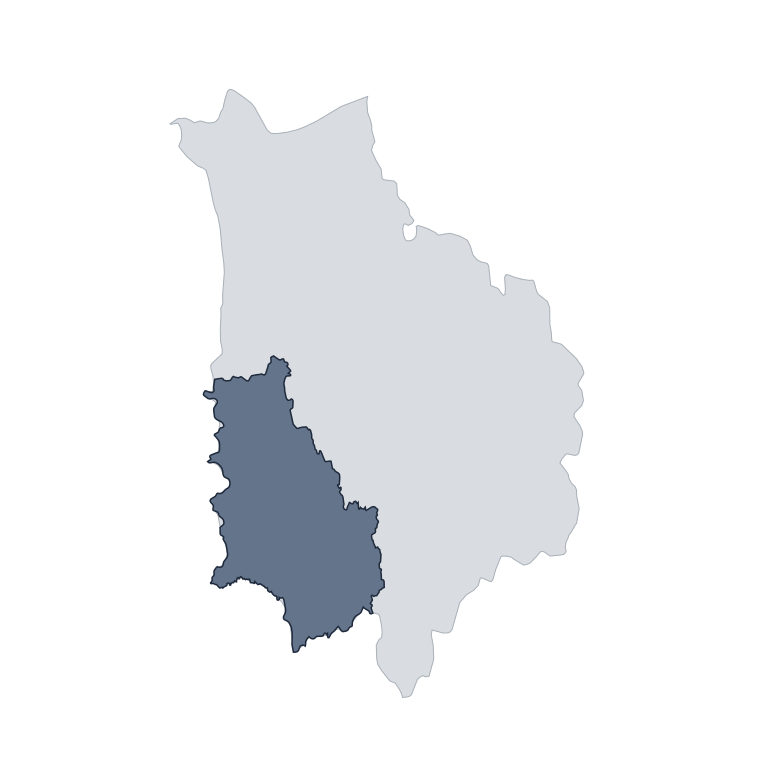 location of Gomel within Belarus, rotated 82°
{"feature_id": "BLR-2339", "entity_name": "Gomel", "entity_type": "Region", "adm_level": 1, "iso_a3": "BLR", "parent_name": "Belarus", "parent_adm1": "", "projection": "equal_earth", "projection_center": [29.578, 52.294], "detail": "fine", "context": "in_parent", "style": "filled", "palette": "slate", "viewbox_px": 768, "rotation_deg": 82, "n_neighbors": 0, "source": "natural_earth", "source_scale": "10m", "svg_char_len": 9799}
<svg xmlns="http://www.w3.org/2000/svg" viewBox="0 0 768 768"><g transform="rotate(82 384 384)"><path d="M637.0,511.0L624.5,510.4L609.4,510.6L601.0,515.2L591.8,513.0L585.4,515.6L570.6,528.1L564.8,534.9L559.4,545.4L556.0,553.1L557.9,558.5L560.7,563.6L561.4,569.0L562.8,573.3L559.1,576.4L557.0,580.9L550.7,580.1L542.9,575.8L541.3,569.6L535.3,565.3L531.4,563.0L525.0,562.7L514.7,564.7L501.2,566.3L491.1,566.7L485.5,568.9L477.4,571.0L474.2,568.5L469.7,561.4L466.0,554.4L463.4,551.4L461.2,550.5L458.5,550.7L455.3,552.9L452.9,555.2L444.4,557.8L440.7,560.3L436.5,566.8L433.8,566.3L431.0,564.8L427.8,557.6L423.4,556.0L416.3,555.9L407.5,554.3L400.3,552.1L397.7,552.7L393.4,555.7L388.8,556.2L378.8,553.4L376.8,554.7L370.9,562.6L368.1,563.0L366.6,562.0L367.5,555.1L361.7,552.7L351.8,552.3L344.9,553.3L341.5,553.0L339.8,551.7L331.5,540.1L327.0,539.4L318.9,539.9L307.1,538.5L293.5,535.9L286.0,535.0L282.1,532.4L273.7,531.5L251.3,526.6L242.1,525.8L228.5,525.7L207.8,524.6L194.5,525.2L188.3,526.8L181.2,527.8L156.6,529.2L147.8,530.5L145.2,532.9L142.1,538.2L131.6,547.4L121.5,553.5L119.7,554.1L114.1,550.8L109.3,549.7L103.7,549.4L99.7,550.4L97.1,551.9L97.1,559.1L96.6,559.7L92.5,551.2L93.2,543.6L95.8,539.2L98.9,535.3L97.9,529.4L101.1,521.7L101.4,516.1L100.3,513.6L98.0,510.8L91.8,507.7L89.1,505.3L80.5,502.1L72.1,498.1L70.8,495.6L71.3,493.9L72.9,491.3L79.7,483.9L87.1,476.6L91.8,473.7L116.1,464.4L120.0,461.1L121.1,455.6L121.2,444.6L120.1,434.5L118.5,427.5L114.5,414.5L103.2,387.8L96.9,360.1L101.7,361.7L113.0,362.4L122.1,360.5L126.8,360.2L130.9,360.8L142.9,359.3L145.7,361.7L150.9,363.9L161.5,360.8L170.8,356.9L180.4,357.3L181.8,355.4L184.5,345.6L187.5,343.5L198.9,344.5L203.2,342.7L207.7,338.0L214.6,335.0L220.2,335.0L226.2,331.6L229.0,333.9L230.3,337.9L228.2,341.1L229.0,342.4L233.1,343.9L240.0,343.9L244.5,342.6L245.6,340.7L245.7,337.4L244.7,334.3L241.8,331.6L236.3,330.2L232.4,330.2L231.8,328.5L233.2,324.8L236.9,318.1L241.2,312.1L243.8,309.8L244.3,307.7L243.9,304.1L244.0,297.5L248.1,288.3L253.3,281.4L260.1,279.2L268.4,278.0L273.8,274.7L276.5,271.0L278.9,265.1L281.6,263.9L301.4,264.6L304.6,258.8L306.3,257.1L310.2,255.4L312.9,253.3L311.9,251.7L306.9,250.6L295.0,249.7L292.6,247.8L293.4,245.5L296.7,239.4L299.9,231.7L301.6,225.6L301.9,222.1L303.6,221.2L313.3,220.0L316.6,218.8L325.1,210.7L331.5,209.3L347.8,211.4L355.4,211.2L364.9,211.8L365.7,211.0L369.2,202.9L385.6,190.0L394.3,185.6L399.8,184.6L401.7,184.8L410.3,191.6L412.3,191.9L418.1,189.0L428.1,188.8L432.8,191.1L439.3,199.5L442.8,200.5L452.5,195.8L457.9,194.3L461.5,194.3L479.8,200.8L481.1,202.9L481.2,205.3L478.4,212.9L482.2,217.6L486.6,220.8L496.1,215.5L499.5,214.1L503.3,214.0L508.4,212.1L512.1,209.1L515.7,208.1L522.4,208.8L534.6,208.1L548.8,212.7L550.1,214.1L557.2,219.5L559.7,222.2L562.1,223.1L565.9,225.7L571.0,227.3L574.5,226.8L576.2,227.7L577.8,229.8L577.9,233.3L577.5,243.4L572.5,248.8L571.8,250.6L572.1,252.8L576.2,257.2L581.5,264.0L582.7,268.0L582.7,271.0L575.7,279.7L573.3,281.8L571.7,286.1L570.9,290.5L571.4,292.3L583.5,299.3L592.3,303.1L594.4,304.9L594.5,306.1L589.9,313.6L589.5,315.6L596.6,318.7L600.6,323.7L604.2,331.7L611.0,339.4L636.4,350.7L638.6,352.8L639.4,355.2L638.7,360.5L634.3,370.6L638.6,372.1L649.7,371.7L663.3,373.0L679.7,380.1L679.8,383.4L678.2,386.3L679.4,389.4L681.2,392.0L695.5,400.1L696.9,402.4L697.2,406.3L696.9,409.2L693.0,409.8L688.7,411.2L681.7,414.6L678.9,419.5L667.6,426.2L660.5,429.3L654.9,429.4L641.4,428.0L636.6,424.7L634.6,421.6L629.4,420.3L622.5,420.1L613.0,420.7L611.1,421.6L609.6,425.3L605.6,431.7L602.8,435.4L615.0,448.1L621.1,453.3L623.1,456.5L623.1,458.8L620.2,461.5L620.7,466.9L626.7,474.1L624.8,475.2L624.3,484.1L624.5,493.5L626.1,495.7L629.3,497.6L632.0,501.1L636.6,508.9L637.0,511.0Z" fill="#d9dde1" stroke="#a8b0b8" stroke-width="1"/><path d="M629.5,511.4L617.9,509.6L611.9,509.6L606.7,511.3L605.4,512.7L603.3,515.7L601.8,516.2L600.2,515.8L597.1,513.7L595.5,513.0L593.0,512.8L583.9,513.2L582.3,513.6L581.3,514.5L581.7,515.9L580.8,517.5L582.7,517.7L583.4,518.9L582.8,519.9L581.1,520.0L580.6,519.6L579.9,519.6L578.8,520.4L578.7,521.6L577.3,522.9L575.6,523.9L573.7,524.5L573.9,525.3L574.2,525.6L574.2,526.2L572.7,527.7L572.2,527.9L569.7,527.9L569.2,529.9L567.9,530.5L567.1,531.6L564.5,534.5L565.0,535.6L565.0,536.9L561.6,539.3L563.4,539.9L563.4,540.5L562.7,541.1L562.4,543.1L562.1,543.9L558.5,544.4L558.8,545.6L558.1,547.3L558.5,548.5L557.1,549.7L557.6,550.8L556.7,551.1L554.8,552.5L554.9,553.1L556.7,554.3L556.7,554.8L555.4,555.4L555.4,555.9L556.1,556.7L559.4,557.6L559.0,558.6L558.1,559.4L559.6,560.4L559.9,561.0L559.5,561.7L559.8,562.7L560.4,563.3L561.8,563.9L561.8,564.6L560.1,564.6L559.6,565.2L559.5,566.3L559.8,567.3L561.0,567.5L561.8,568.0L562.8,570.9L563.6,571.9L563.6,572.3L562.8,572.6L563.2,575.0L561.3,576.5L559.3,577.7L559.1,578.9L557.8,580.7L557.7,582.7L557.4,583.3L556.7,583.4L556.2,582.6L554.6,581.5L551.7,581.2L550.2,579.4L549.2,578.7L546.3,578.5L545.3,578.2L544.4,577.5L542.3,575.5L541.8,574.6L542.0,574.5L542.7,572.1L542.6,570.5L542.0,569.4L541.2,568.8L537.8,567.5L534.4,564.0L532.5,562.9L530.6,562.5L521.3,562.7L519.8,563.0L515.8,564.7L514.9,564.8L513.9,564.2L513.2,564.1L512.4,564.6L511.2,566.2L510.6,566.8L509.4,567.1L503.3,566.3L502.5,565.3L501.9,564.1L500.8,562.6L499.7,561.9L498.2,561.8L496.7,561.9L495.4,562.4L494.0,563.4L492.1,565.4L487.9,566.4L485.3,570.8L484.0,570.8L481.1,569.9L479.6,570.3L477.0,572.1L475.6,572.5L474.1,571.8L473.3,570.3L471.9,566.8L470.6,565.6L469.5,564.9L469.0,564.0L469.7,561.8L469.4,559.6L468.6,558.2L466.4,555.6L465.1,552.5L464.2,551.5L462.6,550.7L460.0,550.2L457.3,550.6L456.0,551.6L454.4,554.3L453.1,555.4L451.4,555.9L447.3,555.9L445.4,556.2L443.3,557.1L441.1,558.5L439.3,560.2L437.9,562.6L437.8,564.0L437.9,567.2L437.5,568.4L436.3,569.5L435.7,568.6L434.7,566.0L433.9,565.9L432.0,566.7L430.9,566.3L430.3,565.4L428.9,559.5L428.7,557.8L428.1,556.7L426.4,556.1L420.5,555.2L418.7,555.2L417.0,555.6L413.7,557.4L411.9,558.7L411.1,559.1L410.2,558.8L408.7,554.9L405.2,552.7L404.7,551.7L404.7,550.2L404.4,549.4L403.4,548.5L402.1,548.5L400.6,549.0L399.2,550.0L395.7,554.8L394.1,556.0L392.8,556.4L386.3,556.3L385.1,556.1L383.9,555.6L379.9,552.1L378.5,551.5L377.0,551.7L375.7,552.6L374.8,554.0L374.4,555.7L374.6,558.6L373.9,560.3L370.1,564.1L369.1,564.2L368.1,563.9L366.2,562.5L365.8,561.8L368.0,557.6L368.6,555.5L367.8,553.7L366.7,553.2L363.0,553.2L355.8,550.9L355.7,544.0L356.4,542.7L357.5,542.5L358.2,541.5L359.0,539.4L359.1,536.9L359.0,535.6L358.6,535.1L356.2,533.2L355.5,532.1L356.5,530.6L357.5,527.7L357.5,526.7L356.9,525.0L357.1,524.2L361.1,520.2L361.6,519.5L362.1,518.2L361.5,517.2L359.8,516.2L357.4,513.9L357.1,508.2L357.3,506.0L357.0,504.2L357.2,503.5L358.1,502.3L358.4,501.0L357.3,499.7L350.8,496.6L349.0,496.0L348.2,495.2L347.2,493.3L346.8,492.9L346.0,492.7L342.1,492.4L341.3,491.2L341.2,490.1L340.8,489.5L345.1,484.9L345.8,483.5L345.1,481.5L345.1,480.2L345.4,479.9L348.1,479.5L349.2,477.1L350.1,476.4L351.8,476.5L352.8,477.8L357.3,474.8L357.9,474.7L358.3,474.7L360.1,477.3L361.2,475.5L361.7,475.2L362.5,475.3L362.8,475.8L362.6,479.3L363.0,480.0L365.4,481.6L369.5,483.1L374.7,483.0L376.9,483.3L384.2,482.8L385.0,482.5L386.9,481.3L386.8,479.4L386.0,478.0L386.0,477.5L387.1,476.7L388.1,476.4L394.5,477.6L395.0,478.0L396.4,480.5L397.0,480.6L411.3,479.5L415.8,476.5L415.9,475.3L415.4,471.2L415.7,467.0L416.7,466.2L418.8,465.2L419.0,464.8L418.6,464.1L419.7,463.2L424.0,462.7L427.7,463.1L429.9,462.0L433.1,462.4L435.2,461.5L438.8,461.3L440.4,460.1L443.2,460.0L444.1,459.0L444.1,458.1L441.6,457.2L441.2,456.8L441.4,456.2L442.9,455.6L452.2,453.3L452.8,452.1L452.8,447.8L453.1,447.2L460.7,446.8L461.6,445.3L463.6,444.4L466.0,441.5L466.8,440.9L468.2,440.7L470.9,440.9L477.4,442.3L477.6,442.6L477.4,443.8L478.0,444.1L480.9,442.9L481.0,442.3L480.2,441.5L480.4,441.1L480.8,441.0L482.8,441.3L484.2,442.9L485.0,443.0L487.5,441.9L488.7,440.8L490.5,440.4L497.5,440.4L500.1,441.5L501.9,441.0L502.6,440.5L503.4,438.8L503.1,438.3L500.4,437.2L498.6,435.9L496.5,434.8L496.6,434.4L498.1,432.7L498.3,431.8L498.0,431.0L496.7,430.6L496.1,428.7L496.3,428.3L498.6,427.3L498.6,427.0L497.7,426.1L503.9,426.5L504.5,426.0L504.5,425.5L502.8,424.5L504.5,423.1L505.0,421.4L503.3,419.7L504.2,419.6L506.2,419.8L506.7,419.5L506.8,419.3L504.2,413.4L504.0,412.2L504.2,410.8L504.7,410.0L505.7,409.3L506.5,408.3L507.3,407.8L508.4,407.9L510.8,409.3L512.2,408.8L513.0,408.8L513.5,409.3L513.7,409.9L514.5,410.3L516.7,410.1L519.1,408.7L520.0,408.8L521.7,410.1L525.1,411.1L525.5,411.4L525.8,412.6L529.2,413.0L529.9,413.3L531.6,417.1L532.7,417.5L536.6,417.5L537.1,416.7L540.5,416.4L543.9,415.3L545.1,415.3L544.6,412.9L546.2,412.5L547.2,411.3L550.0,411.3L552.2,410.7L559.2,412.1L560.3,412.7L560.7,413.4L562.1,413.9L565.5,414.1L566.1,413.9L566.8,412.8L567.3,412.4L570.2,413.4L571.9,413.2L577.3,413.8L577.6,412.6L578.2,411.8L579.5,411.4L585.5,412.1L586.0,414.0L587.1,415.2L587.6,417.3L589.9,418.1L590.7,419.1L592.6,420.6L592.4,422.1L592.9,423.5L592.7,424.0L591.5,425.0L591.5,425.5L592.0,425.9L592.9,426.1L595.7,425.6L596.6,425.7L599.5,428.1L599.8,428.1L600.6,426.9L601.2,426.6L602.0,426.6L603.5,427.8L605.2,427.8L609.4,426.9L609.8,428.6L609.6,429.5L609.0,430.0L606.7,430.5L603.5,434.4L602.0,435.6L607.0,438.6L608.1,440.2L609.9,444.3L611.4,445.9L613.4,447.4L615.6,448.5L619.1,449.2L619.6,449.8L619.8,450.8L620.4,452.2L622.8,454.2L623.4,455.9L623.5,459.3L622.1,460.9L617.7,462.9L618.4,464.1L621.4,467.2L623.4,470.5L624.3,471.5L626.7,473.1L627.6,474.0L627.3,474.8L626.4,475.0L623.0,474.6L624.1,475.9L623.0,476.3L622.5,476.9L622.6,477.7L623.5,478.5L625.0,479.4L625.1,481.4L624.7,483.9L624.7,486.0L626.4,488.5L626.5,490.0L626.1,491.1L625.4,492.1L623.8,493.5L625.8,495.8L628.1,497.4L631.5,498.0L632.6,498.5L631.9,499.2L631.4,500.3L631.3,501.5L631.5,502.6L632.0,503.5L632.6,504.0L636.0,505.8L636.9,507.0L637.2,508.6L637.0,511.0L629.5,511.4Z" fill="#64748b" stroke="#1e293b" stroke-width="1.5"/></g></svg>